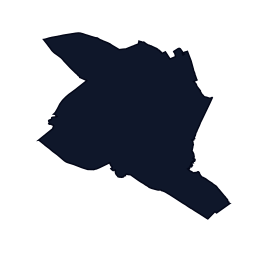 outline of Faurei, Neamt, Romania, rotated 172°
{"feature_id": "2599482B17296269865935", "entity_name": "Faurei", "entity_type": "district", "adm_level": 2, "iso_a3": "ROU", "parent_name": "Romania", "parent_adm1": "Neamt", "projection": "natural_earth1", "projection_center": [26.714, 46.923], "detail": "fine", "context": "isolated", "style": "filled", "palette": "ink", "viewbox_px": 256, "rotation_deg": 172, "n_neighbors": 0, "source": "geoboundaries", "source_scale": "gbopen_adm2", "svg_char_len": 5450}
<svg xmlns="http://www.w3.org/2000/svg" viewBox="0 0 256 256"><g transform="rotate(172 128 128)"><path d="M105.0,212.5L106.1,209.7L106.6,209.6L109.8,208.9L110.9,208.5L112.6,208.2L113.3,208.0L119.3,206.5L121.3,206.7L125.9,206.8L126.9,207.7L132.5,212.2L133.8,213.4L134.4,214.0L134.7,213.8L135.8,214.9L140.9,217.8L141.7,218.4L143.2,219.2L144.2,220.0L145.8,221.4L147.7,221.9L151.5,223.6L155.4,225.5L157.0,226.2L159.7,227.6L162.4,228.7L164.3,229.0L166.5,229.1L179.3,228.9L183.0,228.6L183.9,228.6L184.8,228.5L190.9,228.3L192.6,228.1L193.4,228.1L196.4,227.6L198.3,227.4L199.3,227.4L196.1,221.9L195.1,220.0L194.4,218.9L192.5,215.3L191.3,213.7L190.4,212.6L187.3,209.7L184.5,206.9L183.6,205.7L182.7,204.5L182.6,204.0L176.8,195.8L172.3,190.0L170.9,188.4L170.1,187.1L169.1,186.1L168.7,185.2L168.7,184.8L168.4,184.7L162.5,181.0L162.2,180.6L172.2,174.8L174.0,173.7L178.4,171.3L182.0,169.4L185.1,167.4L188.4,164.9L189.5,163.9L192.1,161.2L195.1,156.9L197.7,153.6L198.9,152.6L199.7,152.1L198.6,151.8L198.2,151.4L196.8,149.3L199.6,149.0L200.1,149.1L201.1,149.1L202.0,148.9L202.3,148.0L202.9,147.2L203.2,146.9L204.1,147.0L205.1,146.4L205.4,146.5L205.6,146.1L205.5,145.6L205.0,144.8L205.9,143.3L205.4,143.0L205.3,142.7L204.0,142.5L203.2,142.1L202.4,141.5L201.7,141.2L201.3,140.8L201.8,139.4L202.4,138.4L202.6,137.8L202.9,137.5L203.4,137.3L218.2,128.4L217.9,128.4L217.7,128.2L213.7,123.9L213.1,123.3L212.6,122.6L211.8,121.8L208.7,118.7L205.9,115.5L201.8,111.5L195.6,104.5L194.5,103.5L193.7,102.9L192.1,102.0L186.8,99.5L179.1,95.2L176.0,93.7L174.7,93.1L174.0,92.7L173.1,92.5L167.7,91.6L167.1,91.7L165.9,91.9L165.0,91.9L161.6,92.8L151.0,96.2L150.5,94.2L150.0,92.8L149.2,92.1L149.5,90.1L150.1,90.4L150.6,90.2L150.1,89.3L149.4,88.6L148.8,88.0L147.9,87.9L147.3,88.5L146.7,88.4L146.4,87.6L146.4,87.2L146.6,86.4L146.6,85.2L146.4,84.4L146.1,83.5L145.3,82.4L144.6,81.1L143.0,80.5L142.1,80.4L141.4,80.1L140.9,80.1L140.8,80.3L140.7,80.3L139.9,80.1L139.7,80.4L139.1,80.4L139.0,80.5L138.9,80.9L138.5,81.1L138.0,81.2L137.2,81.2L137.2,81.5L137.1,81.9L136.5,82.4L136.0,82.6L134.1,81.8L133.4,81.7L132.0,81.4L124.9,74.7L122.5,72.6L120.4,71.0L118.4,69.1L117.3,68.3L115.9,67.1L115.5,66.5L115.1,66.2L112.8,64.9L107.4,62.6L106.2,62.3L104.8,62.3L104.2,62.1L103.4,61.3L102.3,60.9L101.4,60.4L100.1,59.6L98.7,58.5L96.9,57.0L96.4,56.7L94.1,54.7L92.1,53.0L84.2,46.1L81.8,44.2L79.0,41.6L76.5,39.5L75.9,39.2L74.0,37.4L69.8,33.9L62.5,27.6L61.6,26.9L53.6,33.1L52.1,31.6L37.8,39.0L38.1,39.1L38.0,39.4L38.6,40.0L38.7,40.4L38.8,40.5L38.7,40.7L39.2,40.9L39.5,41.2L39.5,41.4L39.3,41.7L39.4,42.9L40.2,44.3L40.7,45.0L41.1,45.5L41.2,46.0L41.4,46.3L42.2,47.4L44.6,51.3L45.0,51.9L46.5,54.4L46.8,54.6L47.8,56.4L48.3,57.3L48.9,58.2L51.3,60.3L52.5,61.7L55.7,64.4L58.1,66.8L59.3,67.7L59.9,67.9L60.0,68.2L60.4,68.4L60.7,68.7L61.8,69.2L62.1,70.0L62.9,70.9L63.2,72.1L63.5,72.6L63.6,73.0L63.7,73.4L63.6,73.6L63.7,73.9L64.1,74.2L64.2,74.7L64.5,74.9L64.9,74.9L65.6,74.8L65.8,74.6L66.5,74.2L67.4,74.5L67.8,74.6L68.6,74.4L69.3,74.3L69.5,74.5L70.4,75.2L71.2,76.0L72.1,76.4L72.4,76.7L74.7,79.2L74.2,79.5L73.9,79.1L73.5,79.0L73.0,79.1L72.9,79.2L73.3,79.7L73.2,79.8L72.8,79.7L72.5,80.0L72.0,81.1L72.0,81.3L71.7,81.6L71.4,81.5L71.2,81.4L71.2,81.2L71.4,81.1L71.3,80.9L70.9,81.0L70.8,80.8L70.6,80.7L70.3,80.9L70.3,81.0L70.5,81.3L70.0,81.4L69.9,81.5L70.0,81.7L70.0,81.9L70.0,82.0L69.6,82.1L69.4,82.2L69.5,82.4L69.8,82.5L70.0,82.7L70.3,82.6L70.3,83.0L69.8,83.0L69.9,83.3L70.3,83.4L70.7,83.3L70.5,83.7L69.9,83.8L70.0,84.1L70.4,84.2L70.3,84.5L70.1,84.4L70.0,84.6L69.8,84.8L69.4,84.7L69.6,84.9L69.6,85.0L68.9,85.6L68.3,85.1L68.1,85.1L68.0,85.4L68.2,85.5L67.9,86.2L67.5,86.2L67.4,86.1L67.2,85.8L66.9,85.8L66.4,86.2L66.4,86.4L66.7,86.3L66.7,86.6L66.3,86.6L66.0,87.2L66.1,87.5L66.2,87.8L67.1,88.0L67.3,88.1L67.4,88.4L67.2,88.6L66.9,88.6L67.0,88.9L67.7,89.2L67.6,89.3L67.1,89.2L66.8,89.4L66.7,90.1L66.5,90.4L66.6,93.3L67.0,94.5L67.3,94.5L67.2,94.8L67.2,95.2L67.3,95.3L67.6,95.2L67.7,95.4L67.7,95.6L67.6,95.9L67.8,96.2L67.8,96.6L66.6,99.9L66.5,100.5L65.6,102.6L65.8,103.7L66.0,104.0L65.8,104.2L65.7,104.5L65.9,105.1L65.8,105.5L65.9,106.3L66.3,107.1L64.7,107.0L64.6,107.7L64.1,108.0L63.5,108.2L63.7,109.7L63.3,110.1L62.5,111.1L61.7,113.1L61.4,113.8L61.2,114.2L60.6,114.8L59.7,116.5L57.1,120.5L54.9,124.4L54.7,124.5L43.7,141.0L40.0,146.8L40.5,146.5L42.0,146.1L42.7,146.1L43.8,146.3L44.3,146.7L45.1,147.0L45.4,147.3L47.9,148.2L48.5,148.8L49.4,150.3L49.6,150.4L50.3,151.4L50.3,151.6L51.3,154.0L51.2,154.2L51.2,154.6L51.2,154.8L54.0,159.7L54.3,161.4L54.5,161.9L54.5,162.1L55.2,163.2L55.8,163.9L56.2,164.5L56.3,164.7L56.5,164.9L53.0,166.0L53.3,166.8L53.4,167.3L53.9,169.9L54.4,172.1L54.3,172.4L54.4,173.2L55.1,175.9L55.1,176.8L56.1,184.7L56.2,185.5L58.5,195.6L62.4,195.0L61.9,193.3L62.9,192.7L63.4,192.7L63.4,192.8L63.6,193.8L63.8,194.5L63.6,195.2L63.6,195.7L63.6,196.1L63.8,196.4L65.1,198.9L65.4,199.3L66.1,199.7L66.8,199.7L67.5,199.5L72.1,197.4L72.0,196.9L71.2,195.4L71.2,195.1L71.2,194.9L71.0,193.9L71.1,192.0L76.8,190.5L80.4,198.2L83.8,197.1L84.4,197.7L84.5,198.0L84.4,198.3L84.9,198.5L85.2,198.8L85.2,199.1L85.3,199.2L85.7,199.5L85.8,200.0L86.1,200.1L86.2,200.3L86.2,200.5L86.3,200.6L87.0,200.9L87.4,201.3L87.5,201.7L87.9,202.0L88.0,202.2L88.2,202.4L88.5,202.6L89.3,203.2L89.8,203.3L90.0,203.6L92.7,205.3L93.6,206.0L94.3,206.2L95.5,207.0L95.8,207.0L96.2,207.2L98.1,208.6L100.3,210.8L100.6,210.9L101.0,210.9L101.4,210.7L103.1,211.7L103.9,211.9L104.2,212.1L104.5,212.1L105.0,212.5Z" fill="#0f172a" stroke="#020617" stroke-width="1.5"/></g></svg>